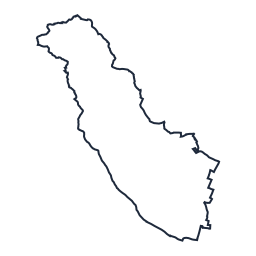 the district of Cornesti, Cluj, Romania
{"feature_id": "2599482B95174876937173", "entity_name": "Cornesti", "entity_type": "district", "adm_level": 2, "iso_a3": "ROU", "parent_name": "Romania", "parent_adm1": "Cluj", "projection": "natural_earth1", "projection_center": [23.687, 47.03], "detail": "fine", "context": "isolated", "style": "outline", "palette": "slate", "viewbox_px": 256, "rotation_deg": 0, "n_neighbors": 0, "source": "geoboundaries", "source_scale": "gbopen_adm2", "svg_char_len": 5623}
<svg xmlns="http://www.w3.org/2000/svg" viewBox="0 0 256 256"><path d="M197.1,240.1L197.4,238.8L197.2,238.8L198.4,235.3L199.5,231.3L200.8,225.9L201.2,226.0L202.1,226.0L202.5,226.3L202.7,226.8L202.5,227.5L202.8,227.9L204.0,227.7L204.6,227.9L208.0,228.2L209.2,228.7L210.1,228.6L210.3,225.1L207.8,225.0L208.6,221.0L206.2,220.0L206.9,218.7L207.3,217.4L207.2,216.3L207.0,216.1L207.2,215.6L207.7,212.9L207.7,212.2L207.7,211.9L207.6,211.7L207.0,210.3L206.5,208.7L206.3,207.5L205.5,204.9L205.0,204.0L204.2,202.8L204.7,202.1L205.6,202.6L207.5,202.9L208.0,202.8L208.6,202.9L209.7,202.8L210.5,201.5L212.0,199.0L211.2,198.3L210.0,197.7L211.9,193.7L213.4,189.7L211.3,189.1L210.0,188.4L208.2,187.8L211.6,179.8L209.1,178.8L207.7,178.4L208.9,175.5L209.1,174.5L209.5,173.7L210.3,170.1L211.1,170.4L213.9,172.0L215.1,169.5L218.5,163.5L219.1,161.7L218.3,161.2L215.1,160.2L213.5,159.3L208.8,157.2L208.4,156.6L206.8,155.1L204.9,154.0L202.7,152.2L201.7,151.6L200.5,151.3L199.3,151.4L196.1,153.0L195.7,152.5L194.6,151.2L194.4,150.8L194.5,150.8L192.9,149.0L195.2,148.1L196.2,149.6L196.5,149.6L196.6,150.0L197.2,150.7L197.9,150.2L197.6,149.8L197.9,149.3L198.4,148.0L197.9,145.8L197.5,145.2L196.3,142.3L197.0,141.7L196.3,140.3L195.9,139.9L195.3,139.9L194.6,138.9L195.1,138.6L194.4,137.5L192.8,136.0L194.5,133.3L193.6,133.8L189.6,133.9L186.2,134.3L186.2,134.7L185.9,134.7L183.6,136.0L182.6,136.4L180.8,136.7L181.1,135.6L180.9,134.2L180.9,132.8L178.8,132.6L173.6,132.6L173.4,132.8L172.4,133.1L170.4,133.4L169.2,132.0L168.1,131.7L166.0,129.8L164.5,128.8L164.3,128.4L164.3,127.2L163.9,125.0L164.1,123.5L164.5,122.5L164.2,121.7L161.6,123.0L159.7,123.4L159.1,123.6L154.0,123.1L150.5,121.6L149.9,121.2L149.5,120.0L149.4,119.2L148.1,117.8L145.8,114.8L144.6,112.6L143.7,110.5L142.4,108.7L141.0,107.2L140.5,105.9L140.2,104.8L140.3,104.7L140.6,104.1L142.9,98.9L140.5,97.5L140.8,96.6L140.8,96.2L140.1,93.4L140.5,91.8L140.7,90.4L140.6,89.9L139.4,90.3L138.1,89.0L136.9,88.0L135.4,86.1L134.6,83.6L134.2,82.9L134.5,81.9L134.8,81.3L134.4,80.0L134.2,78.5L133.9,77.9L134.0,77.0L133.6,75.8L133.8,74.8L133.4,74.5L133.2,73.9L133.0,73.6L132.2,73.2L131.6,72.3L130.9,72.0L129.7,71.1L129.4,71.0L129.1,71.1L128.8,70.5L128.0,69.8L127.5,69.6L123.6,69.0L122.0,68.9L119.6,69.2L118.5,68.9L117.0,68.8L112.9,67.2L112.0,66.4L112.1,64.8L112.8,63.7L113.6,60.5L114.4,60.0L114.8,59.5L115.4,58.4L115.2,57.8L114.6,57.2L114.0,55.4L112.3,54.2L111.8,53.2L111.2,52.9L110.8,51.9L110.8,51.6L110.4,51.0L110.3,50.5L110.0,50.2L109.9,49.9L109.9,48.8L108.7,47.2L108.5,46.5L108.4,45.8L108.7,45.2L108.7,44.6L109.1,44.0L108.7,42.9L108.0,42.3L107.4,42.1L107.4,41.7L107.5,41.5L105.5,39.6L103.5,38.1L103.2,37.7L102.8,36.8L102.5,36.6L102.1,36.0L102.0,35.7L101.3,34.9L100.7,34.4L99.4,33.9L99.0,33.9L98.3,34.2L97.2,31.5L95.6,29.3L94.4,28.2L92.1,26.7L91.9,26.1L92.1,23.6L92.0,22.3L91.2,20.7L90.5,20.0L89.4,19.6L87.8,19.4L87.2,20.1L86.2,20.1L80.1,18.7L79.9,18.7L80.9,18.3L77.6,15.4L77.4,15.7L77.1,15.8L76.7,15.5L76.4,15.5L75.8,15.9L75.7,16.1L75.9,16.4L75.6,16.6L75.4,16.6L75.2,16.1L73.5,16.7L72.9,17.9L72.4,18.2L71.9,19.1L71.5,19.4L70.9,19.6L70.6,19.8L69.5,19.5L69.0,19.6L68.3,20.5L66.1,22.6L63.7,22.4L63.0,22.0L62.7,22.3L61.5,22.4L61.0,22.7L60.9,22.9L61.1,23.1L59.8,23.1L58.6,22.8L57.9,22.8L57.2,23.2L54.7,23.6L54.3,23.7L54.4,24.3L53.2,24.7L52.1,24.7L50.2,24.2L49.4,24.3L48.0,24.7L47.8,24.9L47.9,25.2L47.5,26.1L47.2,26.7L47.2,26.9L48.0,28.3L48.8,29.3L49.4,30.6L49.2,31.2L48.0,32.3L47.6,33.2L47.0,33.5L46.2,34.3L44.1,34.6L43.9,34.8L42.4,34.8L41.8,34.9L40.7,35.5L37.7,36.8L37.3,37.2L36.9,38.2L37.6,39.5L37.6,40.7L38.1,41.8L38.2,42.1L38.1,42.4L38.3,43.3L37.8,44.9L39.6,45.0L41.4,45.9L43.3,46.5L44.3,46.6L47.2,46.3L47.3,46.6L48.6,47.8L48.9,48.3L48.9,49.9L48.5,51.3L48.7,51.7L50.1,52.8L51.4,53.2L51.9,53.7L52.4,54.9L52.6,55.1L53.8,55.5L54.6,56.0L55.3,56.6L56.1,57.8L58.3,57.8L58.7,57.3L60.3,57.6L60.9,58.0L61.7,58.8L62.1,59.2L63.1,59.2L64.7,60.3L66.0,60.7L66.7,61.0L67.8,61.8L67.8,62.3L67.6,62.9L67.7,63.7L67.3,64.6L66.5,65.2L66.4,65.6L65.8,66.3L66.2,67.7L65.0,67.9L65.2,68.2L65.7,70.8L64.6,71.0L66.3,72.8L67.8,72.6L67.9,73.0L68.0,73.7L67.8,74.9L66.9,77.2L67.9,79.1L67.7,79.2L67.6,81.2L68.0,82.9L68.8,84.7L68.9,86.0L69.2,86.1L69.1,87.1L69.4,87.4L71.0,87.9L71.6,88.6L72.4,89.1L74.4,91.1L74.2,91.4L74.3,92.6L75.1,93.3L75.2,94.2L75.9,95.1L76.1,95.6L76.4,97.1L76.1,97.9L74.4,99.1L76.5,100.9L77.2,101.4L77.7,102.0L78.0,103.2L78.0,104.1L78.5,105.3L78.8,105.7L80.0,106.7L80.3,107.5L81.3,108.7L82.6,110.0L82.9,110.6L82.9,111.2L82.7,111.5L81.6,113.5L80.3,115.1L80.0,115.5L79.8,116.2L78.2,119.0L78.2,119.6L78.5,121.1L78.3,122.2L78.6,124.5L78.4,125.4L78.4,126.2L78.2,127.2L78.1,128.6L78.3,129.0L79.3,129.8L79.5,129.7L80.0,130.1L80.7,130.3L81.4,130.8L82.6,131.1L83.3,131.6L83.9,132.3L84.2,132.9L84.1,133.9L84.2,134.6L84.0,136.1L84.2,137.1L85.1,139.4L87.0,141.8L88.4,142.6L89.3,143.6L90.5,145.7L91.9,147.5L92.4,147.8L92.9,148.4L93.7,148.7L94.5,149.3L97.3,150.1L97.9,150.3L98.3,150.7L98.7,153.3L98.9,154.1L99.3,154.9L99.7,155.6L100.5,157.2L101.9,160.6L104.4,163.6L104.8,164.5L106.4,166.5L107.8,169.4L109.0,172.5L109.8,173.6L110.9,175.4L111.4,177.8L112.5,180.8L113.8,182.2L114.8,184.4L116.2,186.3L116.9,188.0L117.8,188.6L118.7,189.8L120.4,191.3L122.6,193.0L124.8,194.5L126.2,195.7L126.6,196.3L127.7,197.3L131.9,200.8L134.1,203.8L135.5,205.0L136.1,206.6L136.3,207.6L136.5,209.8L137.7,211.3L139.7,215.3L143.7,219.6L146.7,221.6L146.6,221.8L151.2,224.0L154.6,226.0L161.6,229.7L164.5,231.7L167.1,234.1L170.0,236.1L170.3,235.6L171.0,236.0L174.9,237.2L176.2,237.9L177.5,238.9L179.0,239.6L182.4,240.6L183.2,238.6L184.3,238.0L186.2,237.8L188.5,238.1L192.1,239.4L193.7,239.7L197.1,240.1Z" fill="none" stroke="#1e293b" stroke-width="2"/></svg>